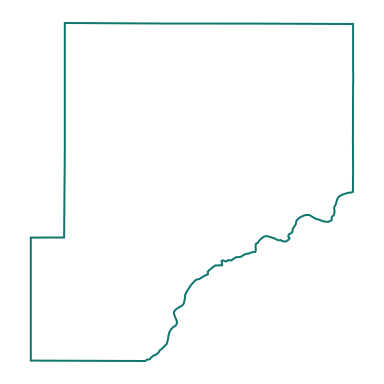 outline of Pine, Minnesota, United States of America
{"feature_id": "52423323B91904630437676", "entity_name": "Pine", "entity_type": "district", "adm_level": 2, "iso_a3": "USA", "parent_name": "United States of America", "parent_adm1": "Minnesota", "projection": "equal_earth", "projection_center": [-92.564, 46.075], "detail": "fine", "context": "isolated", "style": "outline", "palette": "teal", "viewbox_px": 384, "rotation_deg": 0, "n_neighbors": 0, "source": "geoboundaries", "source_scale": "gbopen_adm2", "svg_char_len": 1992}
<svg xmlns="http://www.w3.org/2000/svg" viewBox="0 0 384 384"><path d="M64.8,23.0L64.8,150.8L64.1,237.5L30.8,237.6L30.8,360.6L145.2,361.0L147.1,359.6L149.1,359.4L149.8,359.1L150.9,357.7L154.5,355.0L155.9,354.7L157.0,354.0L158.7,352.4L159.3,351.2L159.8,350.2L161.3,349.3L166.6,344.1L167.9,339.8L168.6,335.1L169.7,331.4L171.4,328.9L172.8,327.5L175.3,325.9L176.4,324.6L176.9,323.3L176.8,321.0L176.0,318.9L175.3,317.7L174.2,314.3L173.9,313.1L174.1,311.7L175.4,309.9L176.2,309.2L180.2,306.5L181.5,306.2L183.6,303.8L183.9,303.1L185.1,297.5L185.0,295.4L185.9,293.1L190.8,285.3L194.1,281.5L195.9,279.9L197.6,279.3L199.2,279.1L205.0,275.5L207.8,274.3L208.1,273.7L207.7,272.0L207.9,271.5L210.1,269.4L214.2,266.1L215.5,265.4L222.0,265.3L222.2,264.6L221.6,261.4L221.7,260.9L222.1,260.6L223.1,260.4L225.7,261.5L226.3,261.3L228.2,260.1L231.4,260.4L232.7,259.4L233.7,258.7L235.9,257.3L240.6,256.9L244.2,254.7L246.4,253.8L248.3,253.7L251.6,252.3L255.1,252.0L255.4,251.7L255.9,249.4L255.6,247.6L255.9,244.0L256.4,243.5L257.5,243.0L260.5,239.2L263.2,237.2L264.5,236.5L266.5,236.1L267.4,236.2L273.9,238.1L278.2,240.3L280.7,240.1L282.6,241.1L285.2,241.6L286.5,241.2L288.3,239.9L289.5,238.4L289.6,238.0L288.7,237.4L288.4,236.9L288.3,235.6L289.1,234.3L291.3,233.1L292.5,231.8L292.4,230.2L292.7,229.4L293.2,228.1L293.9,227.2L296.0,223.8L295.9,222.5L296.7,220.4L299.2,217.9L301.9,216.4L304.9,215.2L308.7,214.9L309.6,215.2L315.5,218.7L319.7,219.9L323.1,221.3L327.1,221.9L328.7,221.7L331.1,220.6L331.7,220.0L331.6,219.0L331.7,217.6L332.0,216.7L333.1,215.8L333.9,214.8L334.1,214.3L334.6,211.4L334.1,208.2L334.2,207.2L335.0,206.0L336.0,203.7L336.2,202.7L337.3,199.2L338.2,197.5L339.4,196.3L340.1,195.8L343.3,194.3L348.1,192.8L351.2,192.5L352.9,191.8L352.9,189.9L353.1,172.5L353.0,151.2L353.0,146.5L352.9,140.0L353.0,118.2L353.0,108.7L353.1,83.7L353.2,82.3L353.2,79.2L353.2,77.9L353.2,74.6L353.2,74.2L353.2,71.9L353.1,70.6L353.1,24.0L254.6,23.6L160.0,23.5L64.8,23.0Z" fill="none" stroke="#0f766e" stroke-width="2"/></svg>